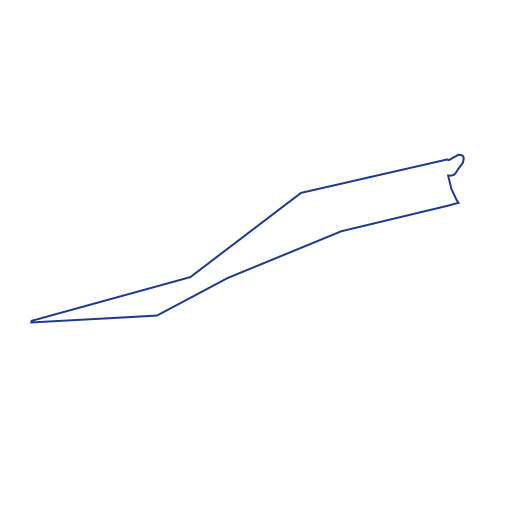 27, Ad Dawhah, Qatar (Robinson projection), rotated 62°
{"feature_id": "91078587B74870148919967", "entity_name": "27", "entity_type": "district", "adm_level": 2, "iso_a3": "QAT", "parent_name": "Qatar", "parent_adm1": "Ad Dawhah", "projection": "robinson", "projection_center": [51.555, 25.278], "detail": "fine", "context": "isolated", "style": "outline", "palette": "blue", "viewbox_px": 512, "rotation_deg": 62, "n_neighbors": 0, "source": "geoboundaries", "source_scale": "gbopen_adm2", "svg_char_len": 482}
<svg xmlns="http://www.w3.org/2000/svg" viewBox="0 0 512 512"><g transform="rotate(62 256 256)"><path d="M209.2,485.6L262.1,371.4L262.1,291.3L274.2,169.0L302.2,60.8L304.1,52.2L301.4,52.6L288.5,52.0L275.2,48.6L276.5,46.2L277.3,43.3L276.7,41.4L275.9,39.7L274.1,36.5L270.7,29.4L267.0,26.5L264.8,26.4L264.4,26.4L262.9,27.8L261.7,29.6L261.8,37.5L261.9,40.8L260.5,41.9L221.4,186.6L236.5,279.3L243.8,323.8L207.9,484.5L209.2,485.6Z" fill="none" stroke="#1e3a8a" stroke-width="2"/></g></svg>